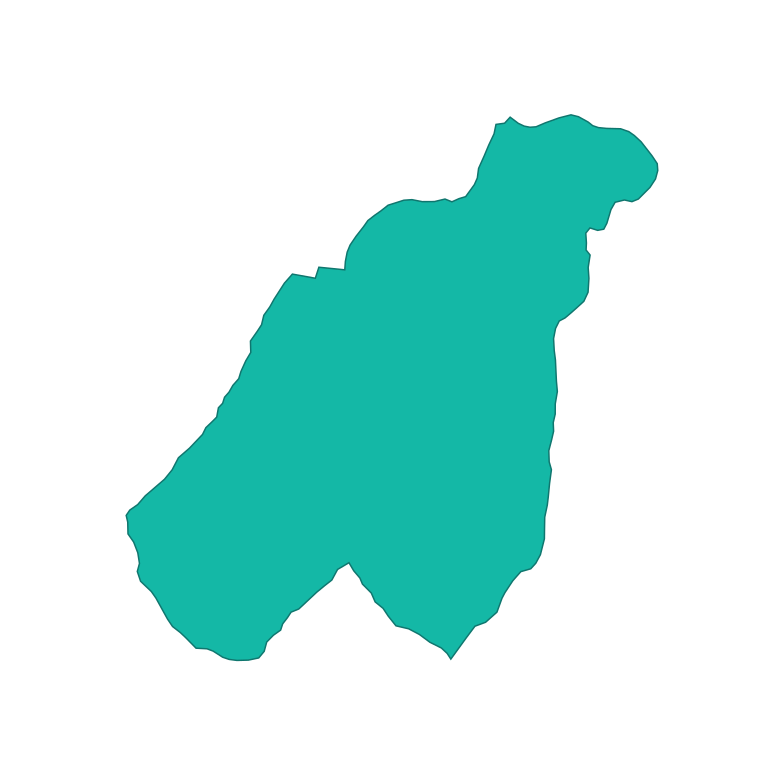 Amaporã, Paraná, Brazil (Albers equal-area conic projection), rotated 191°
{"feature_id": "56859067B75589258948916", "entity_name": "Amaporã", "entity_type": "district", "adm_level": 2, "iso_a3": "BRA", "parent_name": "Brazil", "parent_adm1": "Paraná", "projection": "albers", "projection_center": [-52.839, -23.139], "detail": "fine", "context": "isolated", "style": "filled", "palette": "teal", "viewbox_px": 768, "rotation_deg": 191, "n_neighbors": 0, "source": "geoboundaries", "source_scale": "gbopen_adm2", "svg_char_len": 2333}
<svg xmlns="http://www.w3.org/2000/svg" viewBox="0 0 768 768"><g transform="rotate(191 384 384)"><path d="M612.0,205.8L609.2,199.5L606.7,188.0L599.6,181.1L593.5,171.4L589.8,161.2L590.4,152.9L585.3,143.9L572.8,135.9L567.0,130.3L551.6,111.9L545.3,105.6L536.6,101.2L530.3,97.2L518.1,88.8L507.2,90.3L500.8,89.2L490.2,85.0L483.5,84.1L475.6,84.6L464.4,87.1L454.7,91.2L450.6,98.7L449.9,108.3L444.6,116.3L438.5,122.7L437.7,129.2L434.2,136.2L431.7,142.3L424.7,146.9L410.3,166.8L403.8,174.7L397.8,181.6L394.2,193.1L384.3,201.9L378.0,194.8L370.6,188.9L367.0,183.5L356.6,176.4L351.1,168.4L342.1,163.6L335.5,156.9L326.1,148.9L313.1,148.4L301.5,144.9L289.6,139.2L277.3,135.8L270.6,131.6L265.9,126.7L254.7,150.8L248.5,163.6L238.8,169.5L229.6,181.6L227.3,196.2L225.5,202.2L220.0,215.5L213.9,225.9L204.7,230.6L200.8,237.0L197.9,246.3L197.0,262.6L198.6,271.4L200.8,283.9L200.6,296.3L201.2,304.4L202.5,318.0L203.3,331.8L207.0,339.1L209.5,350.0L208.8,361.3L208.5,370.0L210.5,378.4L210.2,387.2L212.1,397.2L212.4,409.7L215.3,419.7L220.3,440.3L223.3,449.4L226.2,460.9L226.2,471.3L224.0,479.3L218.9,483.4L213.6,490.0L208.9,496.2L203.6,503.3L201.2,513.0L203.0,526.8L205.8,537.3L206.3,549.9L211.2,554.1L212.2,561.0L214.7,570.6L211.6,576.5L203.6,575.6L197.8,577.9L195.9,584.3L194.5,598.5L191.8,606.5L183.1,610.5L175.4,610.3L169.6,614.1L160.4,627.8L156.6,637.1L156.0,645.8L157.8,652.4L164.3,659.0L177.8,670.8L185.7,675.7L191.7,678.4L200.4,679.7L214.1,677.4L222.4,676.6L228.4,677.4L233.6,680.1L244.1,683.5L251.8,683.9L263.0,678.6L275.7,671.0L283.8,665.5L289.7,663.9L295.6,663.9L301.9,665.5L311.1,670.0L315.4,663.0L323.6,660.2L323.7,650.6L326.8,638.4L329.1,627.3L332.3,613.7L331.7,604.0L333.3,597.0L339.6,583.5L345.7,580.3L352.1,575.8L359.4,577.2L369.3,572.7L381.2,570.3L391.7,570.3L399.6,568.2L406.7,564.3L414.1,560.3L420.2,553.2L425.3,547.9L431.0,541.4L434.1,534.5L439.6,523.7L443.8,513.9L445.3,506.4L445.3,497.0L444.3,488.6L470.2,486.2L471.6,474.7L494.9,474.4L501.0,464.0L508.0,446.5L510.8,437.9L515.1,428.5L515.5,418.8L518.3,411.9L523.3,400.7L520.8,389.6L524.1,380.4L526.8,369.1L527.6,361.5L532.1,353.8L534.6,346.4L538.0,340.6L538.7,334.3L542.0,329.1L541.9,319.6L545.8,313.8L550.5,307.2L552.5,299.9L562.7,283.9L571.7,272.4L575.6,259.3L581.3,248.6L597.0,228.7L602.8,218.6L609.5,211.7L612.0,205.8Z" fill="#14b8a6" stroke="#0f766e" stroke-width="1.5"/></g></svg>